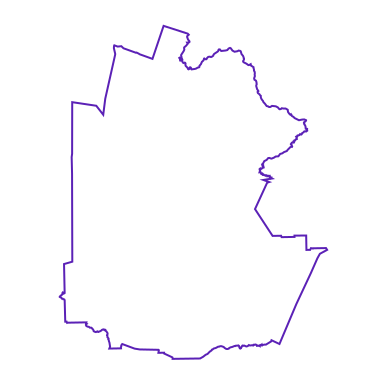 outline of Rotorua District, Bay of Plenty, New Zealand, rotated 179°
{"feature_id": "76426892B632863576138", "entity_name": "Rotorua District", "entity_type": "district", "adm_level": 2, "iso_a3": "NZL", "parent_name": "New Zealand", "parent_adm1": "Bay of Plenty", "projection": "natural_earth1", "projection_center": [176.197, -38.253], "detail": "fine", "context": "isolated", "style": "outline", "palette": "violet", "viewbox_px": 384, "rotation_deg": 179, "n_neighbors": 0, "source": "geoboundaries", "source_scale": "gbopen_adm2", "svg_char_len": 5886}
<svg xmlns="http://www.w3.org/2000/svg" viewBox="0 0 384 384"><g transform="rotate(179 192 192)"><path d="M76.7,261.8L78.5,262.6L80.6,262.5L83.8,261.9L88.1,264.1L89.2,265.3L90.7,266.2L91.1,266.7L91.2,267.4L91.7,267.7L91.8,268.0L92.4,267.6L93.5,268.7L94.6,270.4L94.9,272.6L96.9,273.8L99.4,273.9L100.8,274.2L101.7,273.4L102.9,273.2L103.3,273.4L104.7,275.1L106.7,276.2L110.5,276.7L112.1,275.7L112.9,275.6L113.6,275.7L114.3,276.2L115.9,276.7L117.6,279.1L119.0,280.6L119.4,281.7L120.7,283.4L121.4,284.9L121.6,285.9L121.5,286.9L122.5,287.9L122.8,288.5L124.3,289.7L124.6,290.3L124.6,291.2L123.9,291.8L125.1,293.7L125.9,296.6L125.9,297.5L125.4,298.8L125.6,299.5L125.6,300.6L126.1,302.2L127.6,303.2L127.9,304.6L127.1,306.8L127.3,308.3L127.1,309.7L127.3,311.2L127.9,312.2L127.9,313.5L128.3,314.7L128.3,315.7L130.8,317.4L131.1,318.8L132.7,317.9L133.4,317.9L135.4,319.4L137.9,320.7L138.6,321.4L138.6,322.0L137.7,323.6L137.7,324.6L138.0,324.9L138.0,325.6L138.6,327.2L140.1,329.1L140.8,331.8L141.5,332.3L143.0,332.6L144.0,332.0L147.0,331.5L149.1,332.7L150.7,335.0L151.5,335.4L152.9,334.8L154.2,333.3L155.9,332.9L160.1,332.5L160.6,332.7L161.7,334.1L162.6,334.1L163.0,333.7L163.3,332.6L163.8,332.0L167.4,329.7L168.1,328.8L168.4,327.9L169.8,326.9L170.7,326.6L171.8,327.0L173.4,326.8L174.5,325.8L175.1,324.7L175.7,324.4L176.5,324.6L177.3,325.3L177.6,325.2L178.2,323.4L179.8,322.0L180.9,319.6L182.3,318.1L182.4,317.0L182.7,316.6L184.3,316.2L185.6,315.4L187.0,315.0L190.3,314.6L190.7,315.0L190.7,315.8L191.0,316.3L191.4,316.7L191.9,316.7L192.2,316.4L192.7,315.0L193.3,314.7L193.7,314.9L194.4,316.4L196.1,318.2L196.4,319.4L196.2,320.5L196.5,321.2L197.0,321.5L198.2,321.1L198.9,321.6L199.4,322.7L199.5,323.5L199.3,324.4L199.5,324.9L200.0,324.7L200.7,323.6L201.5,323.6L201.7,324.2L201.7,325.2L202.4,326.3L202.0,326.6L200.7,326.4L200.1,326.7L200.1,327.0L200.5,328.6L200.4,329.3L197.9,333.0L197.2,334.5L197.4,336.1L197.3,336.7L195.3,338.4L193.6,340.4L193.6,340.9L194.1,341.1L194.3,341.5L192.6,341.5L191.9,342.1L191.9,342.7L193.3,344.5L194.2,347.2L194.0,348.0L192.5,349.3L193.5,350.4L217.5,358.6L229.2,325.8L242.1,330.7L242.7,331.2L245.0,332.4L245.6,332.2L258.0,336.9L260.1,339.0L263.8,338.7L267.1,340.0L267.4,339.4L267.6,337.2L266.4,331.6L266.4,330.8L277.1,286.8L279.4,270.8L286.2,279.9L310.2,283.9L311.2,232.3L311.7,229.0L311.6,212.3L312.9,124.4L321.2,122.2L321.1,93.2L321.9,92.7L322.9,93.8L323.2,93.4L322.8,92.9L323.0,92.8L322.9,92.4L323.6,92.1L323.9,91.4L325.1,90.7L326.1,89.6L326.1,89.4L325.6,89.1L324.5,88.6L323.9,87.6L323.0,87.5L322.6,87.0L322.0,87.0L321.5,86.7L321.2,86.0L321.0,64.6L319.7,64.6L319.6,63.9L319.2,63.3L318.7,63.5L299.9,63.5L300.2,62.5L299.6,62.1L300.2,61.7L300.1,61.3L300.4,60.9L299.9,59.8L298.7,59.2L297.5,59.0L296.4,58.1L295.1,58.1L294.6,57.8L294.3,57.2L293.4,56.4L292.8,55.1L292.7,54.5L291.5,53.9L290.5,53.6L289.1,54.3L288.6,53.8L287.9,53.7L287.2,54.2L286.7,54.2L285.0,55.1L284.5,55.7L284.0,55.9L283.1,56.2L282.6,55.8L281.9,56.0L281.0,55.7L280.9,55.4L281.2,55.0L280.0,54.1L278.9,52.3L278.9,51.4L279.5,50.4L279.5,50.1L279.0,49.5L279.1,48.3L278.0,47.0L278.3,46.2L277.8,45.4L277.7,44.3L277.2,43.0L276.6,38.8L277.4,36.9L265.7,36.9L265.8,38.1L265.4,38.9L265.4,39.9L264.4,41.2L252.1,36.4L247.0,35.5L228.3,34.8L227.9,34.4L228.4,31.8L222.7,31.8L222.7,31.0L214.5,27.0L214.2,26.2L214.3,25.5L186.8,25.4L183.7,27.1L181.2,29.0L179.3,29.8L176.9,32.2L176.4,32.4L175.2,33.3L174.9,34.0L174.3,34.1L173.0,35.1L171.0,35.6L168.5,36.9L167.6,36.9L166.6,37.3L165.2,37.3L163.3,36.6L162.7,36.2L162.1,35.5L160.5,34.5L159.3,34.4L158.0,34.7L157.6,35.3L156.2,36.0L154.4,36.4L152.1,37.3L151.5,37.2L150.8,37.6L149.2,37.6L148.3,37.8L147.7,37.3L147.3,35.6L146.8,35.3L146.8,34.8L146.5,34.6L145.7,35.0L145.4,36.1L144.9,36.4L144.6,37.2L144.2,37.6L143.6,37.6L143.1,37.3L142.3,37.5L140.7,36.7L140.1,36.6L138.9,37.0L137.8,38.0L136.7,37.5L135.0,37.7L134.1,37.7L133.6,37.4L133.4,37.5L133.1,38.2L132.4,38.3L132.0,38.1L131.0,38.4L130.0,37.8L129.8,37.1L128.9,37.3L128.6,37.0L127.6,37.2L127.0,36.8L127.0,37.5L126.3,37.9L125.6,37.5L125.3,37.8L125.3,37.4L125.1,37.4L124.8,38.0L124.3,37.6L124.0,38.0L123.5,37.9L121.8,38.2L120.8,38.1L115.5,41.2L115.1,42.4L107.2,38.5L89.6,78.2L74.4,109.2L67.8,123.5L65.2,128.0L57.9,131.8L59.0,133.6L72.1,133.6L72.1,133.4L72.3,133.4L74.0,133.8L74.9,132.1L78.6,132.1L78.6,146.5L90.3,146.6L90.3,145.3L103.2,145.3L103.7,146.7L112.2,146.7L129.3,173.8L116.7,200.0L114.7,200.6L120.4,202.8L111.6,204.1L112.1,204.4L112.5,204.2L112.4,205.1L112.9,205.1L113.2,204.8L113.4,205.2L113.7,205.2L113.6,205.8L113.9,206.6L114.5,206.2L114.7,206.7L115.1,206.6L115.5,206.9L116.3,206.5L116.4,207.0L117.2,207.4L117.4,207.4L117.5,206.9L117.9,206.9L118.1,207.5L118.4,207.5L118.5,207.2L119.6,207.6L119.9,208.0L120.7,207.9L120.8,208.8L121.4,209.4L121.8,209.3L121.7,208.5L122.6,209.0L122.9,210.3L123.1,210.5L124.0,210.5L123.5,211.3L123.9,211.7L123.3,213.0L124.0,213.4L124.0,213.8L123.1,214.5L122.0,214.1L121.0,214.9L119.9,215.2L119.9,215.4L120.4,215.4L120.7,215.8L121.0,216.8L120.4,217.1L120.3,217.6L120.5,217.8L121.0,217.6L121.4,218.1L121.1,218.5L121.1,218.8L120.5,219.2L119.2,221.6L116.8,222.8L115.2,224.6L114.0,224.7L112.5,224.1L111.8,224.0L109.3,225.0L107.8,226.0L105.0,226.2L103.2,228.5L101.0,229.1L99.3,230.3L96.5,231.3L95.6,232.5L92.8,235.2L91.7,235.5L90.5,235.1L91.2,235.7L91.5,237.3L92.3,237.8L92.3,238.2L91.8,238.7L91.4,239.5L90.4,239.8L90.0,239.6L89.2,239.7L89.0,240.2L89.9,240.3L89.8,240.8L89.1,241.1L88.9,241.7L87.8,242.0L87.7,242.4L87.1,243.0L86.3,243.2L86.4,243.5L86.3,243.9L86.7,245.2L86.9,245.5L86.4,245.8L85.9,245.5L85.5,246.1L85.4,246.7L83.7,247.0L83.3,247.5L82.6,247.6L82.6,247.9L81.6,247.6L81.0,248.3L80.8,249.0L79.4,249.7L78.9,250.5L78.3,250.7L76.8,250.5L75.7,251.3L75.8,252.1L76.3,252.0L76.4,252.5L76.2,252.7L76.4,252.9L76.2,253.2L77.2,253.4L77.4,255.7L77.8,256.8L78.5,257.6L78.4,258.0L78.9,259.0L78.9,259.4L78.6,259.9L77.6,260.4L76.7,261.4L76.7,261.8Z" fill="none" stroke="#5b21b6" stroke-width="2"/></g></svg>